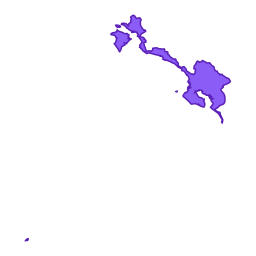 an SVG outline of Puntarenas
{"feature_id": "CRI-1330", "entity_name": "Puntarenas", "entity_type": "Province", "adm_level": 1, "iso_a3": "CRI", "parent_name": "Costa Rica", "parent_adm1": "", "projection": "albers", "projection_center": [-84.164, 7.924], "detail": "fine", "context": "isolated", "style": "filled", "palette": "violet", "viewbox_px": 256, "rotation_deg": 0, "n_neighbors": 0, "source": "natural_earth", "source_scale": "10m", "svg_char_len": 5680}
<svg xmlns="http://www.w3.org/2000/svg" viewBox="0 0 256 256"><path d="M220.2,74.4L220.2,74.9L221.6,74.3L222.0,74.3L222.3,74.5L222.8,75.5L224.1,76.2L226.3,77.7L228.4,78.4L229.0,78.9L230.4,81.3L229.7,82.4L228.3,83.3L223.6,85.3L223.0,85.6L222.6,86.2L223.2,86.7L223.2,87.3L222.7,87.8L221.3,88.7L221.0,89.1L220.9,89.8L221.1,90.5L223.8,93.8L224.4,95.0L224.8,96.4L225.0,99.7L224.9,101.4L224.5,102.7L223.5,104.0L222.2,104.6L220.9,105.0L219.6,105.7L217.6,107.7L215.0,109.2L215.0,109.8L215.4,110.3L216.7,111.0L217.7,112.1L218.5,111.9L219.0,112.0L219.8,112.4L220.1,112.9L220.3,114.4L222.8,119.8L222.5,121.9L222.2,122.9L221.6,122.4L221.7,121.7L222.2,120.2L222.1,119.6L218.9,114.2L217.8,113.0L212.0,108.8L210.5,107.3L211.8,105.6L212.1,105.5L213.1,103.6L212.9,102.9L211.3,101.0L211.1,100.5L211.1,99.8L212.7,98.9L212.1,98.7L210.8,98.8L210.1,98.5L209.8,98.2L208.9,96.3L209.2,95.7L209.5,95.7L210.1,96.8L210.1,97.4L210.3,97.5L211.7,97.0L211.7,96.6L210.4,95.8L209.5,94.7L209.2,94.7L208.8,95.3L207.0,95.2L206.3,95.3L205.4,94.1L204.8,93.7L204.1,94.1L202.6,93.2L202.2,92.5L202.5,91.5L201.9,91.5L202.0,90.7L201.4,90.4L199.6,89.9L199.4,90.5L198.8,90.2L198.3,90.2L197.9,91.1L197.3,91.2L195.7,91.0L195.1,91.2L194.9,92.1L195.2,91.8L195.5,91.8L197.1,94.3L197.3,95.0L198.7,97.0L199.3,97.3L201.7,97.9L202.3,98.3L203.5,99.5L204.1,99.2L204.1,100.4L204.1,100.8L203.8,101.1L203.8,101.5L204.5,102.4L204.8,104.1L204.6,105.8L204.1,106.9L203.1,107.0L201.4,106.4L199.8,105.7L199.0,105.0L200.3,105.3L199.4,104.9L198.7,104.4L198.7,105.0L196.0,103.9L195.1,103.7L191.4,104.1L190.8,103.8L189.0,101.6L185.0,97.9L184.7,97.5L183.3,96.8L183.1,95.4L184.9,92.8L186.1,92.2L186.5,92.6L186.8,92.3L188.2,90.2L187.6,89.5L188.3,88.6L189.6,88.0L190.8,87.7L190.8,87.4L189.2,87.3L188.4,88.2L187.8,88.4L187.6,88.0L187.9,87.2L188.5,86.4L190.2,85.5L190.4,84.9L190.1,84.5L189.0,83.7L188.9,82.9L189.7,83.3L190.7,83.5L189.0,82.1L188.2,81.9L188.8,81.5L188.7,81.3L188.2,80.9L188.4,80.4L189.4,79.3L188.0,75.7L187.2,74.8L186.9,75.2L185.9,73.8L184.9,72.2L183.7,71.0L181.9,70.6L182.0,69.4L180.9,68.4L179.5,67.7L178.5,67.4L174.9,63.9L171.3,62.3L170.7,61.8L166.3,60.1L165.4,60.3L165.1,59.7L164.4,60.0L163.6,59.3L162.8,59.1L163.3,58.2L162.7,57.0L161.4,56.0L160.3,55.6L160.3,55.9L161.0,56.1L161.6,56.5L160.4,56.3L158.5,55.2L156.1,54.8L149.9,53.1L148.7,53.0L147.0,53.4L146.3,53.3L145.8,52.9L145.4,51.9L144.8,51.7L145.1,52.4L142.6,50.6L142.1,49.3L140.7,48.5L140.5,47.2L139.7,47.2L139.9,46.7L139.7,45.3L140.0,44.8L140.8,44.0L141.1,43.2L141.8,42.3L141.9,41.6L141.8,41.0L140.7,39.8L138.8,37.0L138.3,36.6L137.5,36.3L137.6,35.6L138.3,34.5L137.2,33.6L137.0,33.1L137.2,32.4L135.9,32.0L131.8,32.4L131.8,32.1L132.3,31.8L134.7,31.8L134.7,31.4L131.9,31.1L130.7,30.7L129.6,30.1L128.0,28.7L127.1,28.3L126.7,27.8L126.9,27.6L126.2,27.2L124.3,25.4L123.3,24.9L122.8,24.5L122.5,24.4L121.8,24.7L121.4,24.4L121.7,23.5L122.7,23.3L124.0,23.2L124.7,23.6L125.6,23.5L126.4,23.9L127.8,25.4L128.6,25.6L128.4,24.6L128.6,24.0L129.6,23.0L130.7,22.5L130.9,22.2L130.9,21.7L130.6,20.9L130.9,20.0L131.3,18.4L131.2,18.0L130.7,17.5L130.7,17.1L131.1,16.6L132.8,15.4L133.8,15.4L134.8,16.1L135.8,17.7L136.5,18.4L138.0,18.2L139.2,17.8L139.5,17.8L140.3,18.3L140.6,19.1L141.1,19.6L141.1,20.0L140.5,21.3L140.2,22.3L140.5,23.4L140.4,24.8L140.6,25.5L141.4,27.0L143.2,29.5L143.7,30.3L144.3,30.2L144.8,29.9L145.1,30.0L145.7,31.0L145.6,31.3L145.4,31.6L144.5,32.0L142.2,33.5L141.7,33.6L140.5,35.3L140.0,35.6L139.9,36.3L140.4,36.7L141.4,37.1L143.3,37.4L143.7,37.8L144.7,39.1L144.3,39.4L145.4,40.1L146.0,41.0L146.0,41.5L145.8,42.2L145.3,42.3L144.0,42.3L143.8,42.6L143.7,42.8L144.2,44.7L144.2,45.7L145.3,47.8L145.8,49.8L146.6,51.0L147.2,51.1L148.7,50.9L149.3,51.0L150.2,50.8L150.9,51.4L151.3,51.4L151.6,51.2L151.9,50.6L152.8,49.7L152.7,48.3L154.9,47.9L157.5,47.9L158.3,48.7L158.8,48.8L160.5,48.7L161.1,49.0L161.8,49.1L163.8,48.9L164.4,49.0L164.7,49.7L164.6,50.8L164.7,51.1L165.2,51.6L165.6,51.7L166.8,51.7L167.6,51.9L167.9,52.9L167.6,53.8L167.8,54.1L168.8,54.6L169.6,56.0L170.6,57.1L173.6,59.1L174.3,59.3L174.7,59.0L175.2,58.9L175.6,59.2L176.0,60.0L176.2,61.0L177.7,62.5L178.2,63.2L178.2,64.5L178.5,65.4L179.0,66.3L179.4,66.5L182.0,67.7L182.3,67.5L182.8,66.9L183.1,66.7L183.7,66.7L184.3,66.9L186.0,68.9L186.5,70.6L187.0,71.2L191.3,74.0L192.5,73.9L193.3,74.6L193.7,74.6L195.0,73.3L195.1,72.9L195.0,71.8L195.5,70.4L195.5,69.6L195.2,69.0L194.7,69.0L194.3,68.7L193.8,68.6L193.8,68.4L194.3,65.9L195.7,64.2L196.5,62.2L197.5,61.1L198.8,61.6L199.0,61.7L199.2,62.4L199.4,62.4L199.9,62.0L201.2,61.8L202.0,60.9L202.7,60.5L203.3,60.8L204.1,61.5L205.4,62.0L206.8,62.8L207.4,63.0L209.2,62.8L209.7,62.8L211.8,65.5L213.9,66.8L214.9,70.4L217.2,71.3L218.0,72.9L218.8,73.6L219.6,73.9L220.2,74.4ZM117.2,29.9L118.2,30.9L121.4,32.2L121.7,32.1L122.4,32.4L124.2,33.4L125.0,33.7L125.9,33.7L126.8,33.4L129.0,35.0L129.0,35.3L128.1,35.5L128.1,36.2L129.3,37.6L128.5,37.9L128.0,38.5L128.7,38.8L129.5,38.9L131.1,38.9L131.1,39.2L128.9,40.4L128.5,41.4L127.4,42.1L126.7,43.6L125.3,42.9L124.5,42.8L124.2,43.5L125.1,44.8L123.2,45.7L123.1,46.0L122.0,46.5L121.7,46.9L120.7,50.1L119.7,51.7L119.4,51.7L118.1,49.0L114.3,43.7L114.9,43.4L115.2,42.8L115.5,42.4L115.9,41.6L116.3,41.2L116.1,40.5L116.9,37.8L115.9,37.4L115.5,36.3L114.8,35.6L114.1,35.2L113.2,35.1L112.8,34.9L111.5,34.8L111.1,34.6L110.9,34.1L111.5,33.4L112.6,32.8L113.4,32.6L113.8,32.9L115.4,32.1L116.4,31.8L116.7,31.4L117.2,29.9ZM118.2,26.0L119.9,26.6L120.4,26.6L120.4,26.9L119.1,27.3L117.6,27.3L116.8,26.9L116.4,26.5L115.7,25.3L117.0,25.0L119.8,25.7L119.8,26.0L118.2,26.0ZM27.5,240.4L25.6,240.6L26.2,239.6L27.5,238.8L28.1,238.7L28.1,239.7L27.5,240.4ZM175.9,91.5L176.5,91.2L177.2,91.2L177.1,91.7L176.7,91.9L176.2,91.8L175.9,91.5Z" fill="#8b5cf6" stroke="#5b21b6" stroke-width="1.5"/></svg>